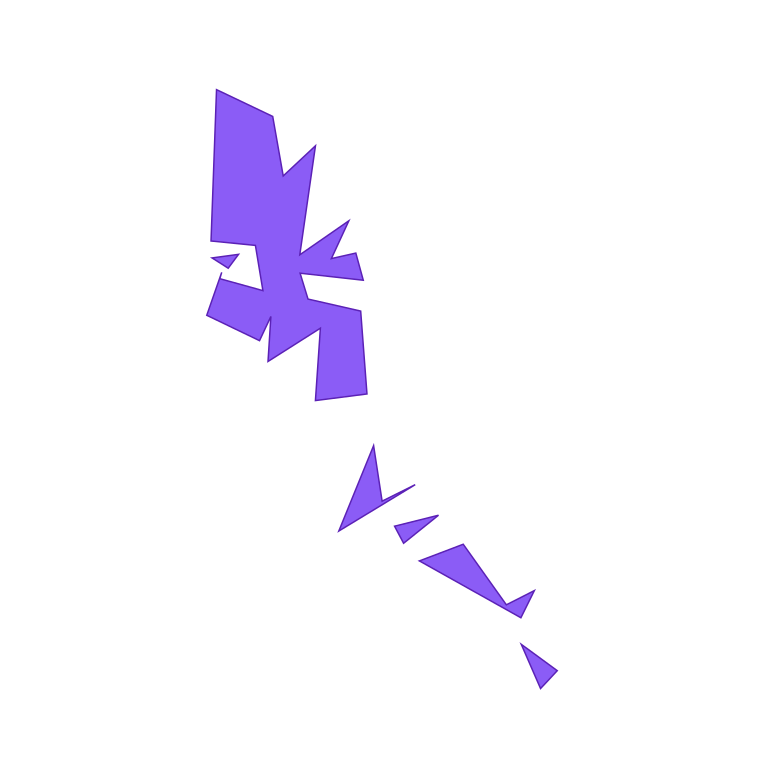 an SVG outline of Eilean Siar, rotated 307°
{"feature_id": "GBR-2772", "entity_name": "Eilean Siar", "entity_type": "Island Area", "adm_level": 1, "iso_a3": "GBR", "parent_name": "United Kingdom", "parent_adm1": "", "projection": "orthographic", "projection_center": [-7.062, 57.727], "detail": "coarse", "context": "isolated", "style": "filled", "palette": "violet", "viewbox_px": 768, "rotation_deg": 307, "n_neighbors": 0, "source": "natural_earth", "source_scale": "10m", "svg_char_len": 751}
<svg xmlns="http://www.w3.org/2000/svg" viewBox="0 0 768 768"><g transform="rotate(307 384 384)"><path d="M365.8,376.4L329.5,339.2L390.3,299.6L332.2,277.8L369.9,253.0L343.7,258.5L332.2,201.1L375.5,187.2L369.3,189.5L385.7,231.1L417.3,197.9L394.1,159.8L518.3,73.1L530.7,134.1L489.5,178.3L533.0,185.9L436.5,239.0L493.2,257.7L452.5,266.5L471.6,282.7L454.4,305.0L422.0,250.3L406.1,272.2L428.2,321.5L365.8,376.4ZM328.5,412.8L289.3,453.0L322.4,469.5L239.4,436.4L328.5,412.8ZM303.7,543.7L281.3,614.6L309.5,628.4L279.7,634.0L264.0,518.7L303.7,543.7ZM276.8,478.0L312.0,506.5L268.6,495.5L276.8,478.0ZM258.7,650.3L259.3,694.9L235.0,692.3L258.7,650.3ZM382.7,189.9L381.2,170.8L400.0,189.8L382.7,189.9Z" fill="#8b5cf6" stroke="#5b21b6" stroke-width="1.5"/></g></svg>